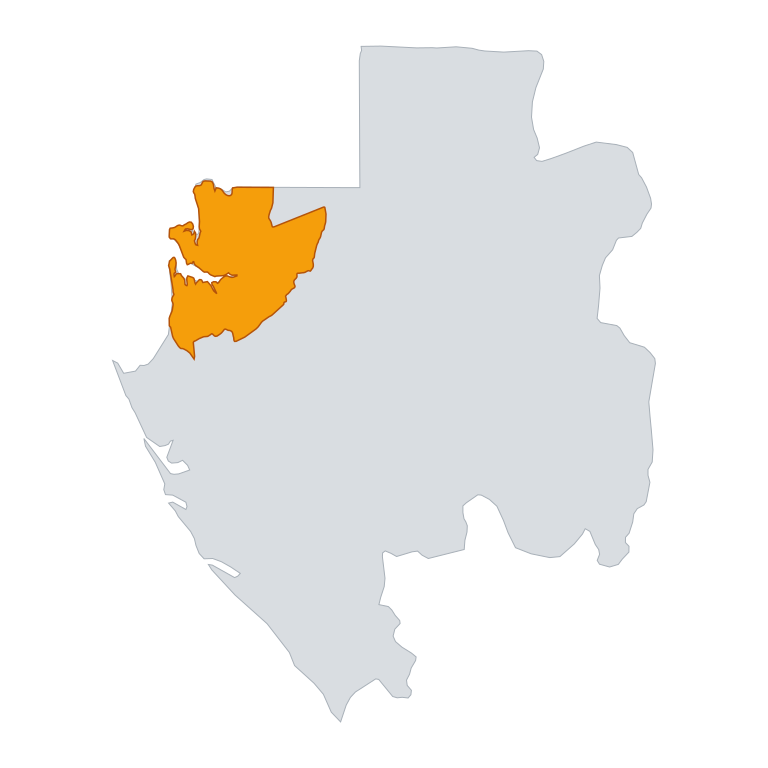 Estuaire on a map of Gabon (Natural Earth projection)
{"feature_id": "GAB-2168", "entity_name": "Estuaire", "entity_type": "Province", "adm_level": 1, "iso_a3": "GAB", "parent_name": "Gabon", "parent_adm1": "", "projection": "natural_earth1", "projection_center": [9.925, 0.242], "detail": "fine", "context": "in_parent", "style": "filled", "palette": "amber", "viewbox_px": 768, "rotation_deg": 0, "n_neighbors": 0, "source": "natural_earth", "source_scale": "10m", "svg_char_len": 7889}
<svg xmlns="http://www.w3.org/2000/svg" viewBox="0 0 768 768"><path d="M543.8,61.4L543.3,69.0L535.9,87.6L532.4,101.9L531.5,117.2L533.6,129.5L537.2,138.2L539.5,147.8L537.7,154.4L534.1,157.3L536.6,160.6L542.0,161.4L551.3,158.5L565.4,153.4L584.0,146.1L596.2,142.1L616.4,144.6L627.2,147.4L632.7,152.5L638.7,174.5L641.6,177.8L646.5,187.1L650.6,198.3L651.5,204.0L651.0,208.1L646.9,214.2L642.3,223.1L640.7,228.4L636.8,232.4L631.9,236.4L618.5,238.0L616.4,240.3L612.6,249.8L605.5,257.8L602.3,265.4L599.4,275.5L600.0,288.1L598.5,306.2L597.1,318.4L600.7,322.6L616.8,325.6L619.9,328.1L624.2,335.6L629.7,342.7L644.4,347.2L650.1,352.6L654.8,358.6L655.4,363.5L652.0,383.1L648.8,401.9L650.0,416.2L651.3,429.9L653.0,449.9L652.2,462.0L648.0,469.4L648.0,475.3L649.9,482.3L646.2,501.7L643.9,505.0L637.3,508.6L633.8,513.8L632.7,522.0L629.1,533.2L625.5,537.3L625.4,542.5L629.0,546.3L628.9,552.1L622.3,559.1L618.3,564.4L609.6,567.0L599.5,564.2L597.2,560.4L599.6,554.3L598.7,549.5L595.3,544.5L589.9,531.4L585.2,528.7L582.5,534.0L574.3,543.9L559.9,556.6L549.8,557.6L531.1,553.8L515.5,547.7L508.1,532.8L503.5,520.5L496.9,506.2L489.4,499.4L481.3,495.1L477.8,494.8L466.3,502.8L462.9,505.9L462.9,512.6L464.0,518.8L465.8,521.8L467.3,525.8L467.0,532.0L464.9,540.3L464.2,549.5L428.3,558.5L422.1,555.2L417.6,551.1L412.2,551.8L396.6,556.5L390.9,553.3L385.2,550.9L382.6,552.9L382.4,556.8L385.0,578.3L384.2,586.6L380.7,597.3L378.9,604.6L388.4,606.6L391.8,610.0L395.2,615.4L399.7,620.5L400.1,623.5L394.8,629.2L393.1,636.1L395.5,641.6L402.0,647.2L411.5,653.1L416.1,656.9L415.6,660.5L411.2,668.0L409.5,674.3L406.5,680.1L407.2,685.4L411.4,690.3L410.9,694.7L408.1,698.0L402.2,697.3L397.2,697.8L392.7,696.5L378.7,679.4L375.7,678.9L355.4,692.0L350.4,697.4L346.2,705.1L340.6,721.9L331.3,712.2L323.4,694.3L314.1,683.3L294.6,665.6L289.4,652.5L267.1,623.7L235.0,595.0L211.9,570.0L208.4,564.5L212.3,565.1L234.6,577.6L237.7,576.2L240.3,573.4L230.6,566.9L221.4,561.7L212.7,558.5L204.1,558.8L199.2,553.5L196.0,545.5L194.4,538.6L190.6,531.4L178.3,516.6L175.3,510.9L168.6,503.1L172.7,502.1L185.9,509.5L187.0,506.6L185.9,502.2L172.7,495.1L165.5,494.6L163.8,489.7L164.8,483.9L155.3,462.3L145.5,446.2L143.9,438.5L170.5,473.6L174.0,474.3L178.7,473.9L189.7,470.0L187.6,465.3L182.6,460.3L177.8,462.6L171.6,463.1L168.3,461.0L166.8,457.3L173.1,440.3L170.4,441.1L168.4,444.2L165.0,445.6L159.7,446.5L146.6,437.4L135.1,412.7L132.0,407.7L128.9,399.1L125.9,395.6L112.6,360.5L117.7,363.1L123.7,373.3L135.5,371.1L140.1,365.3L144.1,365.5L148.2,364.1L153.3,358.6L168.4,334.5L172.4,302.6L171.1,283.7L168.9,264.9L173.9,258.9L175.8,262.9L176.8,269.6L179.1,274.5L184.5,278.9L194.5,280.1L209.9,287.0L215.4,291.5L216.9,282.6L234.6,275.1L229.2,272.4L213.5,275.4L191.9,264.1L184.7,256.9L178.0,243.4L171.0,236.3L171.5,229.9L187.0,224.0L191.1,224.7L192.8,231.7L197.0,234.6L198.6,233.6L199.3,227.6L199.3,211.6L194.6,188.5L196.0,184.1L200.3,182.5L204.1,179.5L206.7,178.9L212.0,179.5L214.6,184.8L216.0,187.7L221.3,189.1L225.7,191.9L229.4,191.2L232.6,187.9L237.1,187.2L251.3,187.2L264.1,187.3L289.6,187.4L315.1,187.5L340.7,187.6L359.9,187.6L359.8,174.5L359.7,154.2L359.6,130.2L359.5,107.2L359.4,85.9L359.3,60.7L360.3,53.5L361.6,50.5L361.1,46.4L380.9,46.1L416.6,47.9L432.3,47.7L436.7,48.0L456.2,46.8L472.1,48.3L478.8,50.1L484.8,51.0L503.8,52.1L528.5,50.7L536.9,51.1L541.6,54.6L543.8,61.4Z" fill="#d9dde1" stroke="#a8b0b8" stroke-width="1"/><path d="M237.2,187.2L247.5,187.3L273.4,187.4L272.9,202.8L271.5,208.3L270.4,210.4L269.1,214.6L268.7,216.8L268.8,218.3L270.3,220.6L270.8,221.6L271.2,222.6L272.0,225.8L272.4,226.8L273.2,227.0L274.5,226.7L323.5,207.1L324.4,207.1L324.8,207.4L325.6,211.7L326.0,214.1L325.7,221.6L325.5,222.9L324.6,225.9L324.2,228.5L324.0,229.2L323.8,229.6L322.3,231.0L321.9,231.6L321.8,231.8L321.6,232.1L320.6,236.6L320.3,237.4L319.6,238.7L319.1,239.3L318.8,240.0L318.6,240.5L318.3,241.7L318.2,242.1L317.1,244.3L316.7,245.4L314.7,253.4L314.4,256.2L314.3,257.1L314.1,257.6L313.8,258.1L313.5,258.5L313.0,258.9L312.8,259.5L312.6,260.6L313.3,264.2L313.3,265.5L313.3,266.1L313.2,266.6L312.7,268.0L312.0,268.9L311.7,269.3L311.5,269.5L310.9,270.5L310.3,271.1L308.5,270.7L308.1,270.7L307.8,270.8L304.9,272.4L303.5,272.7L302.9,272.7L299.2,273.2L297.8,273.2L297.3,273.4L297.0,273.8L296.9,274.8L297.0,276.4L296.8,277.2L296.4,277.8L296.1,278.3L294.4,280.0L294.3,280.3L293.9,281.0L293.8,281.3L293.8,281.6L293.8,282.6L293.9,283.0L294.1,283.8L294.9,285.8L295.0,286.7L294.5,287.7L291.9,289.2L291.2,289.8L290.2,291.3L288.2,293.6L286.7,294.6L285.6,296.1L285.6,296.4L285.9,297.5L286.3,299.6L286.4,300.7L286.3,301.2L286.0,301.6L285.5,301.8L284.7,302.0L284.1,302.4L283.9,303.0L283.8,303.6L283.8,304.1L283.4,304.7L272.1,315.0L270.9,315.8L269.2,316.6L262.5,321.2L261.4,322.4L258.2,326.8L256.2,328.8L244.8,337.1L236.2,341.3L234.6,341.4L234.1,340.7L233.9,339.8L233.7,337.6L233.4,336.6L232.7,333.4L232.3,332.3L231.6,331.4L230.8,330.9L229.9,330.5L228.1,330.3L227.2,329.9L226.3,329.4L225.3,329.1L224.4,329.3L223.5,330.5L222.7,331.5L221.5,332.9L219.9,334.2L217.0,336.1L215.4,336.3L214.4,335.9L212.5,334.0L211.6,333.8L210.0,335.0L207.7,336.4L206.7,336.5L203.9,336.7L203.0,337.0L199.2,338.6L195.5,340.8L194.6,341.1L193.8,341.6L193.3,342.5L194.6,356.4L194.1,359.1L189.8,353.0L186.8,350.6L183.6,348.9L182.7,348.6L180.9,348.5L179.7,347.6L178.3,346.0L173.5,338.5L172.6,336.3L170.6,327.2L169.3,325.8L169.2,318.3L169.9,316.1L172.0,311.2L172.5,309.0L172.6,307.8L173.0,305.5L173.1,304.2L172.9,303.2L171.8,300.4L171.9,299.0L172.2,297.7L172.7,296.6L173.4,295.5L173.9,294.5L173.7,293.6L173.3,292.7L173.1,291.9L173.0,289.5L169.7,269.0L168.6,265.5L168.9,264.5L169.4,261.6L169.5,261.0L170.0,260.7L173.0,257.6L174.0,257.3L174.9,258.1L175.7,260.2L176.1,262.9L175.9,265.1L175.0,269.1L175.2,270.4L175.6,271.6L175.6,272.5L174.7,272.8L174.2,273.3L174.0,274.4L174.1,275.6L174.3,276.6L175.2,275.7L175.7,274.8L176.2,274.0L177.3,273.6L180.4,273.7L180.8,274.0L181.3,275.4L183.8,278.2L184.7,280.3L185.0,284.4L185.6,285.0L186.4,285.6L187.0,285.6L187.3,284.4L186.8,279.8L186.9,277.8L187.9,275.9L192.5,277.4L193.7,278.1L194.2,279.3L195.0,283.0L195.6,284.1L196.0,283.3L198.7,280.3L199.5,279.6L201.0,279.7L201.8,280.3L202.8,282.5L207.4,281.6L210.9,285.6L213.7,290.9L216.8,293.7L213.4,286.5L212.0,284.4L211.8,282.6L213.6,281.7L216.0,281.8L217.5,283.3L218.7,282.5L220.4,279.9L221.4,278.8L224.7,276.3L225.9,275.9L227.4,275.9L230.2,277.1L231.7,277.4L233.1,277.3L236.9,275.9L236.9,275.0L232.1,275.2L230.3,274.5L228.5,272.8L227.0,273.9L225.3,274.9L223.4,275.6L216.2,276.1L214.9,276.6L210.7,274.9L209.5,274.0L208.1,272.5L207.3,272.0L204.4,272.1L203.4,271.6L198.9,267.7L195.6,265.5L194.3,263.9L193.7,261.7L193.1,261.7L192.5,263.0L192.0,263.4L190.8,263.2L190.1,263.4L188.0,264.5L187.3,264.7L186.6,263.4L186.0,259.5L185.0,258.7L183.7,257.2L179.2,245.2L178.0,243.2L175.4,239.8L173.6,238.8L171.9,238.9L170.5,238.8L169.2,237.1L169.2,235.5L169.5,229.6L170.2,228.2L172.2,228.0L174.4,227.5L175.4,227.0L177.3,225.7L178.3,225.3L179.5,225.1L180.4,225.3L181.2,225.7L182.5,225.9L183.2,225.7L184.5,224.7L186.2,223.9L187.7,222.8L189.4,222.0L191.2,222.2L192.7,224.0L193.4,226.5L193.1,228.7L191.5,229.7L187.4,228.7L185.4,229.0L184.1,231.2L186.3,230.4L189.0,230.6L191.2,232.0L191.8,234.9L192.9,234.5L193.7,233.7L194.2,232.6L194.4,231.2L195.5,232.9L195.7,236.1L195.2,239.2L194.4,240.8L195.3,243.9L196.0,244.9L197.6,245.3L197.2,243.6L197.2,241.4L197.7,239.4L198.5,238.6L199.1,237.6L200.1,232.9L200.8,231.2L199.5,229.0L199.2,226.8L199.5,221.5L198.6,208.6L195.3,198.4L195.0,195.8L194.6,194.0L193.8,192.9L193.3,191.6L193.7,189.4L194.9,187.1L196.1,186.0L197.5,185.7L199.2,185.7L200.9,185.2L201.8,183.9L202.4,182.4L203.3,181.3L205.0,180.9L210.5,181.1L212.0,181.7L213.3,184.0L214.1,188.7L214.9,191.0L215.7,189.1L216.1,187.8L218.9,188.2L220.3,188.8L221.9,190.0L224.3,193.3L225.9,194.7L227.5,195.5L229.2,195.8L230.7,195.4L231.8,194.1L232.1,192.7L232.2,189.5L232.6,187.9L234.5,187.6L237.2,187.2Z" fill="#f59e0b" stroke="#b45309" stroke-width="1.5"/></svg>